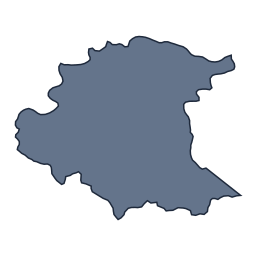 Umburatiba, Minas Gerais, Brazil (Natural Earth projection), rotated 90°
{"feature_id": "56859067B62099334151319", "entity_name": "Umburatiba", "entity_type": "district", "adm_level": 2, "iso_a3": "BRA", "parent_name": "Brazil", "parent_adm1": "Minas Gerais", "projection": "natural_earth1", "projection_center": [-40.673, -17.273], "detail": "fine", "context": "isolated", "style": "filled", "palette": "slate", "viewbox_px": 256, "rotation_deg": 90, "n_neighbors": 0, "source": "geoboundaries", "source_scale": "gbopen_adm2", "svg_char_len": 2800}
<svg xmlns="http://www.w3.org/2000/svg" viewBox="0 0 256 256"><g transform="rotate(90 128 128)"><path d="M195.4,15.4L168.1,50.0L169.1,53.7L167.6,56.3L165.3,58.3L162.6,60.7L160.1,63.5L157.6,64.6L154.4,65.5L150.7,65.7L147.8,65.2L145.0,65.2L142.4,64.3L139.6,63.6L136.5,62.9L134.3,63.9L132.4,65.7L130.0,65.5L126.9,65.9L123.8,66.4L120.5,66.4L116.8,67.7L114.7,69.4L112.3,71.1L108.8,72.2L104.3,72.3L102.2,70.5L101.3,66.7L101.2,62.6L101.2,59.9L100.5,57.0L97.3,57.0L94.1,59.5L91.7,59.6L89.7,57.5L89.1,53.3L89.1,50.0L89.7,46.3L87.8,44.1L85.4,45.0L82.8,45.6L78.4,45.9L75.4,43.6L74.5,41.0L74.1,38.2L73.8,35.1L73.0,31.5L71.5,28.4L70.5,24.6L69.2,22.1L66.8,21.3L63.8,21.7L61.1,23.2L59.1,24.6L55.2,24.8L56.3,28.1L57.5,31.1L60.0,34.3L61.4,37.4L62.0,41.0L61.7,44.4L60.9,47.3L58.9,50.3L57.0,53.4L56.4,57.2L56.2,61.2L54.6,64.6L52.8,66.3L51.0,67.7L49.0,69.5L46.8,72.8L45.4,77.5L44.0,81.5L43.0,84.9L41.8,88.2L41.8,91.6L42.7,94.2L42.7,96.9L41.3,100.1L40.1,103.2L38.6,106.6L37.3,110.5L36.8,113.4L36.5,117.0L37.0,120.4L38.7,123.5L41.0,126.2L43.7,127.1L46.5,128.0L46.8,131.2L44.5,134.2L43.8,136.7L44.7,139.6L44.6,143.7L42.4,146.0L41.5,148.5L44.5,149.6L46.7,150.3L48.8,153.2L51.1,156.6L50.6,161.1L48.2,163.5L49.0,167.1L52.5,167.5L54.9,167.1L57.4,165.9L59.7,165.9L61.5,167.8L63.5,171.4L64.5,175.1L64.9,179.8L65.1,184.7L64.7,188.0L64.8,191.8L63.4,195.2L66.7,197.1L70.4,197.0L73.8,195.9L77.4,193.7L81.2,193.0L84.0,194.4L85.8,196.8L86.7,199.7L87.8,203.1L90.3,206.3L93.1,207.7L95.8,207.7L98.4,205.7L100.3,203.0L101.5,200.4L103.1,198.1L106.1,197.6L108.6,200.0L110.6,202.4L112.9,206.3L114.4,210.7L114.6,215.4L113.3,218.3L111.6,220.5L110.0,223.0L108.5,227.2L109.2,230.2L110.2,232.5L112.1,235.1L114.4,237.0L116.8,237.7L119.1,238.5L121.6,240.4L125.1,240.6L127.8,239.1L129.1,236.7L132.3,237.8L134.7,240.2L137.1,240.5L139.0,238.5L141.5,236.7L144.4,236.7L147.1,238.2L149.6,238.7L151.2,236.7L153.3,234.3L155.1,230.9L158.0,227.6L159.5,224.1L161.1,222.2L161.7,219.3L163.4,215.4L164.2,211.9L164.0,208.5L165.3,205.8L167.4,204.7L170.0,204.4L173.7,204.1L178.4,200.9L180.6,199.2L184.4,194.4L183.4,192.0L179.4,190.7L176.6,190.3L175.4,185.7L173.8,183.4L172.8,179.8L171.7,177.5L174.3,174.8L180.2,175.2L182.8,174.4L183.9,170.0L186.1,164.8L188.4,164.9L191.7,163.7L198.3,152.9L200.3,148.1L202.6,146.2L208.2,142.9L211.2,142.6L214.5,142.0L217.3,139.8L219.5,137.9L217.8,134.9L214.7,132.0L212.1,131.3L208.3,127.8L207.5,124.8L207.4,121.0L207.6,118.3L206.9,114.4L203.6,111.7L200.7,108.6L203.0,105.1L202.3,99.2L205.7,98.5L208.4,91.9L210.9,89.9L210.5,87.0L210.3,83.1L207.7,78.0L208.0,72.9L208.6,70.0L210.6,65.6L214.7,64.4L215.3,60.3L213.8,56.0L214.4,51.9L211.6,48.6L207.6,48.1L204.7,46.4L200.1,45.4L198.5,43.6L198.5,41.0L199.4,38.1L197.6,35.5L196.1,32.3L195.7,27.7L197.1,23.9L195.8,19.4L195.4,15.4Z" fill="#64748b" stroke="#1e293b" stroke-width="1.5"/></g></svg>